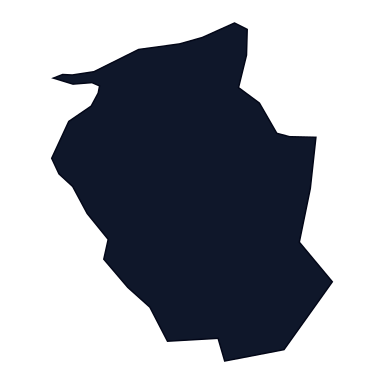 the Municipality of Salas
{"feature_id": "LVA-5727", "entity_name": "Salas", "entity_type": "Municipality", "adm_level": 1, "iso_a3": "LVA", "parent_name": "Latvia", "parent_adm1": "", "projection": "natural_earth1", "projection_center": [25.678, 56.484], "detail": "fine", "context": "isolated", "style": "filled", "palette": "ink", "viewbox_px": 384, "rotation_deg": 0, "n_neighbors": 0, "source": "natural_earth", "source_scale": "10m", "svg_char_len": 546}
<svg xmlns="http://www.w3.org/2000/svg" viewBox="0 0 384 384"><path d="M234.5,23.0L247.2,29.4L246.5,55.1L238.5,87.6L259.4,103.1L276.8,133.3L289.5,136.7L315.9,137.3L310.3,188.5L299.3,242.2L332.3,281.8L284.0,349.6L224.7,361.0L218.1,338.3L167.5,341.2L149.9,307.2L127.9,287.5L103.8,259.2L108.2,239.4L87.2,213.5L72.7,186.5L59.0,173.9L51.7,158.3L68.8,121.4L91.2,106.1L98.2,93.1L99.6,85.9L92.0,82.6L73.0,84.1L53.4,78.1L62.7,74.5L72.2,75.0L94.0,71.7L138.6,49.5L179.6,43.9L202.3,37.5L234.5,23.0Z" fill="#0f172a" stroke="#020617" stroke-width="1.5"/></svg>